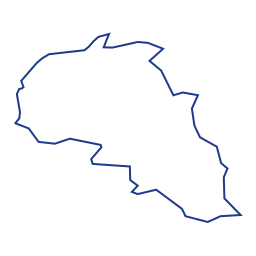 an SVG outline of Derry
{"feature_id": "GBR-2083", "entity_name": "Derry", "entity_type": "London Borough (city)", "adm_level": 1, "iso_a3": "GBR", "parent_name": "United Kingdom", "parent_adm1": "", "projection": "natural_earth1", "projection_center": [-7.229, 54.938], "detail": "fine", "context": "isolated", "style": "outline", "palette": "blue", "viewbox_px": 256, "rotation_deg": 0, "n_neighbors": 0, "source": "natural_earth", "source_scale": "10m", "svg_char_len": 763}
<svg xmlns="http://www.w3.org/2000/svg" viewBox="0 0 256 256"><path d="M15.4,123.1L19.3,118.3L20.0,112.3L16.9,94.1L19.1,89.1L22.1,88.3L23.5,87.1L21.2,80.9L36.9,62.8L42.5,58.1L49.1,54.2L84.6,50.2L89.1,46.4L93.4,41.4L98.3,36.9L109.0,34.0L103.7,47.3L112.4,47.6L137.7,42.0L147.7,42.8L163.0,48.7L162.9,48.8L162.5,49.3L149.5,60.9L161.2,70.6L173.4,95.3L182.8,92.5L197.9,95.2L191.9,108.6L194.4,125.5L200.0,137.3L216.8,146.7L221.1,163.1L227.5,168.5L223.8,177.2L224.4,198.4L240.6,215.0L220.5,216.2L207.7,222.0L185.5,216.2L182.0,208.9L156.2,189.7L137.7,194.1L131.9,191.9L137.7,185.7L130.2,180.0L129.9,166.5L92.7,163.9L91.2,159.1L101.4,147.3L100.6,144.9L69.9,138.7L54.8,143.7L38.6,141.9L28.7,128.4L15.9,123.5L15.4,123.1Z" fill="none" stroke="#1e3a8a" stroke-width="2"/></svg>